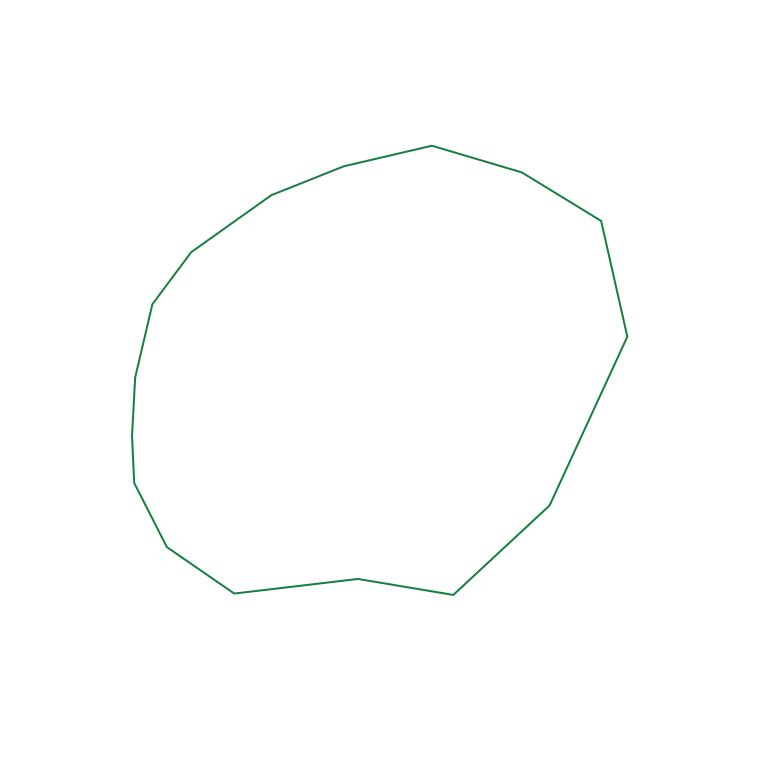 Bena-Dibele, Kasaï-Oriental, Democratic Republic of the Congo (Equal Earth projection), rotated 243°
{"feature_id": "63176286B9358277012481", "entity_name": "Bena-Dibele", "entity_type": "district", "adm_level": 2, "iso_a3": "COD", "parent_name": "Democratic Republic of the Congo", "parent_adm1": "Kasaï-Oriental", "projection": "equal_earth", "projection_center": [22.911, -4.227], "detail": "fine", "context": "isolated", "style": "outline", "palette": "green", "viewbox_px": 768, "rotation_deg": 243, "n_neighbors": 0, "source": "geoboundaries", "source_scale": "gbopen_adm2", "svg_char_len": 370}
<svg xmlns="http://www.w3.org/2000/svg" viewBox="0 0 768 768"><g transform="rotate(243 384 384)"><path d="M222.2,272.1L164.6,350.0L200.6,476.4L315.7,622.3L430.7,651.5L509.9,602.9L574.6,534.8L596.2,447.2L603.4,369.4L589.0,272.1L560.2,213.8L502.7,165.2L452.3,136.0L409.2,116.5L337.2,116.5L265.3,155.4L222.2,272.1Z" fill="none" stroke="#15803d" stroke-width="2"/></g></svg>